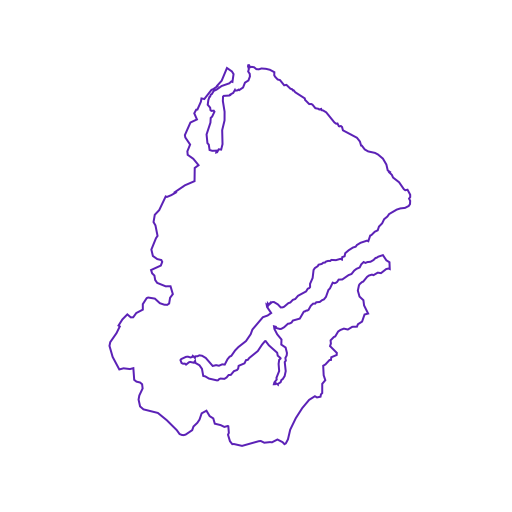 the district of Ørsta nor, Møre og Romsdal, Norway, rotated 75°
{"feature_id": "86288312B4999748251605", "entity_name": "Ørsta nor", "entity_type": "district", "adm_level": 2, "iso_a3": "NOR", "parent_name": "Norway", "parent_adm1": "Møre og Romsdal", "projection": "albers", "projection_center": [6.353, 62.207], "detail": "fine", "context": "isolated", "style": "outline", "palette": "violet", "viewbox_px": 512, "rotation_deg": 75, "n_neighbors": 0, "source": "geoboundaries", "source_scale": "gbopen_adm2", "svg_char_len": 6092}
<svg xmlns="http://www.w3.org/2000/svg" viewBox="0 0 512 512"><g transform="rotate(75 256 256)"><path d="M408.7,241.9L406.7,235.4L408.4,233.7L408.6,230.1L406.5,229.1L405.5,227.5L396.6,225.1L393.9,221.2L388.7,221.5L379.4,219.5L378.7,217.0L375.5,211.9L375.8,210.5L373.3,209.5L372.5,203.7L370.5,203.0L362.2,207.8L359.9,206.3L356.8,205.8L354.4,201.8L354.2,200.3L350.2,196.2L349.3,193.6L348.9,189.9L350.8,186.3L349.3,181.3L350.4,176.8L348.3,175.2L346.8,170.5L340.6,166.3L340.6,162.6L331.7,164.4L326.5,163.7L322.0,166.5L315.8,166.6L310.9,164.1L309.9,163.0L308.6,160.3L308.5,159.1L304.9,154.1L304.1,152.0L304.0,148.8L304.9,147.5L303.6,142.7L304.9,139.7L302.3,133.6L302.4,131.3L303.2,130.2L296.6,128.7L293.9,131.2L288.0,133.2L288.3,138.1L289.0,140.1L288.8,141.0L290.3,143.5L291.2,146.9L290.7,150.0L291.0,152.1L289.7,153.6L291.3,156.5L293.9,158.8L294.4,162.2L295.5,164.9L298.1,168.4L298.4,171.5L301.0,178.7L300.2,182.3L302.0,184.3L302.6,186.0L302.6,187.3L301.6,188.8L306.5,193.0L307.5,194.8L313.6,199.0L315.5,201.6L315.8,203.7L316.9,206.3L316.3,209.8L317.3,211.1L316.8,213.2L318.3,216.0L321.6,219.2L322.0,220.6L321.7,221.5L322.2,222.9L322.0,223.6L322.4,224.5L327.8,229.9L327.9,237.1L329.5,238.9L329.9,241.0L329.7,242.7L332.1,247.3L332.9,250.4L332.7,251.8L330.5,255.6L329.5,255.2L328.6,256.8L331.3,257.1L337.1,255.8L343.3,253.0L348.1,254.5L352.1,251.1L357.7,251.2L360.0,252.1L362.1,254.0L364.8,254.3L365.9,255.7L374.9,257.1L379.4,259.4L381.8,262.0L382.3,263.5L384.3,264.9L385.3,268.1L385.8,268.2L384.2,269.6L384.8,270.6L384.5,271.9L382.8,270.9L380.7,268.0L379.0,267.8L373.1,263.4L366.1,262.1L362.3,260.5L361.4,258.8L360.8,258.8L357.9,260.8L354.9,260.6L345.6,266.7L340.7,268.7L340.6,269.4L343.2,273.1L348.3,278.9L352.8,289.0L354.2,290.8L354.0,292.6L356.7,294.9L357.6,301.2L360.2,302.4L361.2,303.8L361.5,307.1L364.3,311.1L363.9,313.3L365.7,315.8L366.5,318.3L365.2,322.0L365.4,323.5L366.2,324.8L366.1,325.8L362.2,333.2L359.2,336.1L358.2,338.0L351.0,337.4L346.9,338.9L343.6,342.2L341.6,342.0L343.0,343.7L341.3,347.0L341.3,348.2L342.8,351.7L341.5,352.6L341.2,354.3L340.1,355.6L337.0,355.9L336.2,354.9L335.3,349.7L335.6,347.8L337.1,345.5L337.0,343.8L336.1,342.9L338.6,341.4L337.2,340.5L337.7,338.6L337.3,336.4L338.4,333.9L341.5,330.9L351.0,326.3L351.1,322.8L352.4,320.2L351.9,316.7L352.8,314.3L348.3,310.2L346.4,307.5L346.1,305.7L341.8,300.6L339.4,296.6L335.6,287.7L330.2,281.4L326.1,278.5L316.9,265.2L316.5,260.2L315.0,256.1L308.1,258.5L305.7,258.3L306.8,257.4L305.2,256.9L306.5,256.4L305.4,256.4L306.0,255.8L305.6,255.2L306.1,255.4L304.7,252.5L305.1,250.6L308.4,247.4L312.1,245.4L312.5,243.5L312.3,242.0L309.9,236.9L309.8,234.9L307.9,231.8L307.7,229.2L305.3,225.7L303.2,216.8L301.0,214.5L300.8,212.9L300.0,211.8L296.9,211.0L291.9,207.0L284.4,204.0L282.9,202.3L281.8,199.0L280.6,197.8L280.7,194.6L279.9,192.8L280.2,191.1L279.5,189.9L279.4,187.7L280.0,185.6L279.3,184.2L280.7,179.9L280.6,175.2L281.7,173.9L279.4,173.0L279.2,170.5L276.4,169.1L274.4,164.9L272.9,160.1L272.8,157.3L271.5,155.7L270.3,151.6L269.9,144.8L270.8,143.7L265.8,140.4L265.7,139.2L263.3,135.0L262.7,131.8L259.4,129.6L257.1,125.7L253.6,122.7L251.9,118.9L249.9,116.5L247.6,108.1L247.4,104.2L248.1,99.6L247.2,95.5L245.7,93.8L242.6,92.8L240.2,93.3L239.0,91.8L236.7,91.2L231.2,92.5L231.1,94.8L229.7,95.9L221.8,98.7L215.7,103.3L212.7,103.8L209.8,105.6L209.5,104.9L207.4,106.6L201.4,106.4L194.8,108.2L189.5,111.9L187.2,114.4L184.0,120.6L181.2,123.4L176.8,125.2L176.5,125.9L172.3,126.0L167.9,127.9L157.1,139.5L153.7,139.5L152.4,140.4L152.4,141.9L152.0,142.4L149.1,143.0L149.0,144.3L147.3,145.7L135.4,151.0L132.8,153.5L132.1,155.0L130.8,155.0L130.9,157.0L130.0,157.6L128.6,160.4L124.4,162.3L123.5,163.3L123.0,165.3L117.9,168.2L116.4,168.1L108.0,175.7L105.6,176.8L105.6,177.5L104.1,178.1L103.4,179.4L98.6,182.3L98.4,184.6L92.3,187.3L91.1,189.4L87.7,191.2L86.1,191.6L83.2,190.7L79.7,194.4L77.8,197.9L76.3,202.1L76.4,205.0L75.6,207.3L73.2,209.0L72.2,211.1L72.2,212.7L69.8,213.4L69.7,214.1L70.6,214.6L73.5,214.5L75.8,215.8L78.4,214.9L81.0,215.4L84.5,217.9L85.7,221.8L89.9,224.9L91.4,229.3L90.8,229.8L91.2,231.1L90.9,233.3L90.2,233.4L92.6,235.8L93.4,239.2L93.9,239.2L94.1,240.2L93.0,245.7L93.5,246.6L97.7,247.9L108.5,249.0L116.9,251.3L125.7,256.1L139.3,259.4L144.2,262.1L143.3,264.4L145.7,266.7L145.7,267.6L144.0,266.8L143.1,271.0L141.6,273.4L136.2,272.8L134.4,273.7L125.8,272.3L115.4,265.5L110.9,264.0L110.0,262.3L105.9,258.8L104.7,259.2L104.3,261.5L103.3,262.2L100.8,261.9L97.4,263.5L93.1,261.7L90.3,259.8L90.2,259.1L88.4,257.9L88.1,256.7L85.6,254.1L85.1,251.1L82.9,245.2L82.3,237.1L81.0,234.6L81.7,233.7L74.5,230.6L71.5,231.5L66.9,235.4L77.8,243.8L81.5,249.5L82.0,249.3L83.7,253.9L84.0,256.0L91.0,265.3L89.7,267.9L92.7,269.3L99.4,274.7L99.2,275.9L102.2,278.7L108.8,277.7L110.1,284.8L120.8,293.4L123.2,293.6L131.3,290.8L137.1,295.2L140.6,295.8L145.9,291.4L153.4,288.0L155.1,292.4L167.8,296.0L169.3,306.3L173.3,317.8L174.0,317.2L175.3,322.1L175.9,326.8L175.1,327.8L186.6,337.6L190.0,343.1L196.7,346.2L200.4,345.2L211.1,345.9L212.9,348.0L222.7,355.4L229.3,355.6L233.4,352.2L235.4,348.5L237.4,348.1L240.6,350.4L242.4,361.0L245.9,360.8L248.6,359.2L253.1,359.6L256.4,358.4L261.9,351.1L263.1,346.4L271.3,346.2L274.1,349.8L279.4,352.2L280.2,354.4L279.3,357.2L276.7,361.1L271.0,364.7L268.2,370.9L268.4,372.5L273.2,377.8L278.5,379.2L280.1,386.4L283.4,390.5L282.9,392.8L279.1,395.4L282.7,401.5L287.6,406.8L288.8,405.8L294.4,410.7L301.5,419.1L304.9,420.8L316.4,420.6L330.2,417.4L330.2,413.0L332.6,407.0L332.6,403.5L344.1,405.7L346.4,404.0L348.2,400.7L350.4,399.2L354.6,399.8L360.5,404.8L364.3,406.6L371.3,406.9L375.0,404.4L382.2,391.4L391.5,384.7L403.7,377.6L408.2,375.9L409.7,373.9L410.3,372.3L410.3,370.2L407.7,362.7L404.5,360.5L402.0,355.9L399.4,352.9L393.9,349.2L392.6,343.9L398.7,342.2L401.8,339.3L407.3,339.2L410.2,333.9L412.9,330.8L412.9,327.2L413.3,326.8L419.8,328.0L421.4,329.3L428.2,329.1L431.6,327.6L431.9,326.0L435.8,318.6L435.6,301.4L435.9,299.3L438.5,296.3L439.4,290.6L440.1,288.8L438.8,282.8L442.7,278.5L445.1,277.2L444.7,275.7L441.4,272.6L432.6,267.9L422.9,259.5L414.8,250.6L408.7,241.9Z" fill="none" stroke="#5b21b6" stroke-width="2"/></g></svg>